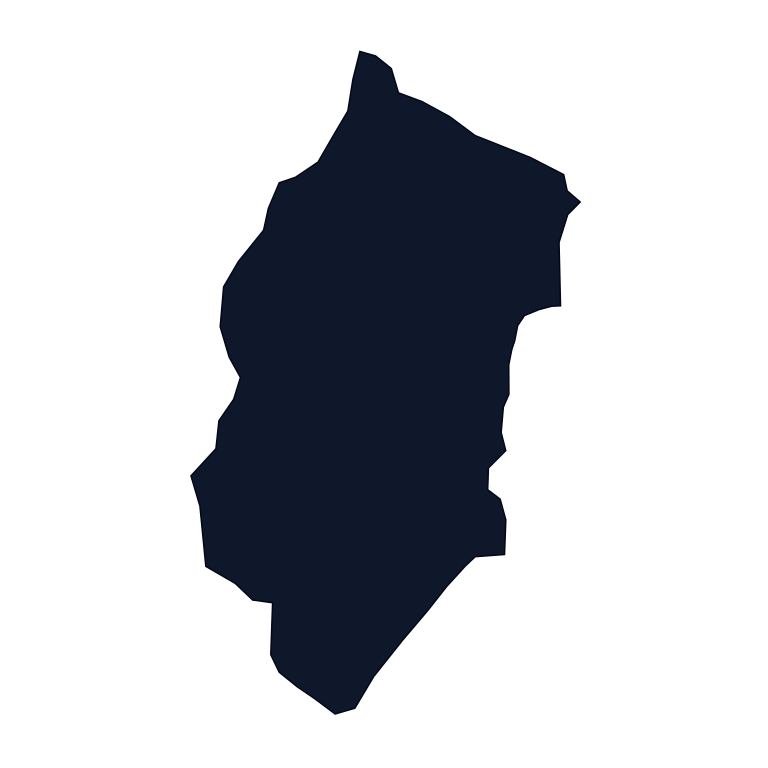 Eksjö, Jönköping, Sweden (Mercator projection), rotated 92°
{"feature_id": "70781695B54746446562471", "entity_name": "Eksjö", "entity_type": "district", "adm_level": 2, "iso_a3": "SWE", "parent_name": "Sweden", "parent_adm1": "Jönköping", "projection": "mercator", "projection_center": [15.234, 57.651], "detail": "fine", "context": "isolated", "style": "filled", "palette": "ink", "viewbox_px": 768, "rotation_deg": 92, "n_neighbors": 0, "source": "geoboundaries", "source_scale": "gbopen_adm2", "svg_char_len": 981}
<svg xmlns="http://www.w3.org/2000/svg" viewBox="0 0 768 768"><g transform="rotate(92 384 384)"><path d="M713.5,424.2L715.5,421.3L709.0,401.8L676.6,384.0L639.3,356.4L608.5,332.1L584.2,314.3L563.2,296.5L553.4,286.8L550.2,257.6L515.5,257.5L495.0,263.9L486.0,276.7L464.3,276.7L446.3,260.0L428.4,265.2L402.8,263.9L390.0,258.8L360.6,260.0L345.2,257.5L336.3,254.9L320.9,252.4L310.7,246.0L304.3,231.9L300.4,219.1L299.7,210.3L236.4,214.0L208.3,206.3L195.3,194.3L184.5,207.7L168.5,211.7L152.5,245.7L142.5,273.7L132.5,301.7L114.5,327.7L100.5,355.7L92.5,379.7L68.5,387.7L56.5,403.7L52.5,419.7L80.5,425.7L107.1,429.0L112.5,429.7L134.5,441.7L164.5,457.7L180.5,479.7L186.5,495.7L212.5,505.7L234.5,509.7L266.5,533.7L292.5,547.7L332.5,549.7L362.5,539.7L382.5,527.7L404.5,533.7L426.5,547.7L454.5,549.7L482.5,573.7L512.5,563.7L572.5,555.7L588.5,525.7L604.5,507.7L606.5,487.7L658.5,487.7L675.7,478.7L689.6,460.2L700.9,442.3L713.5,424.2Z" fill="#0f172a" stroke="#020617" stroke-width="1.5"/></g></svg>